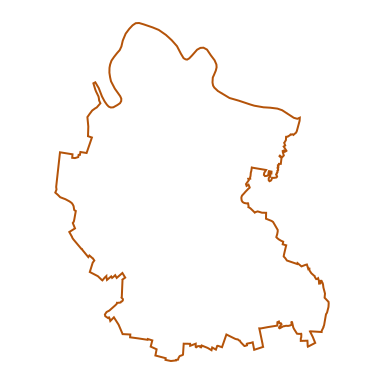 Bac Ninh, Bắc Ninh, Vietnam (Equal Earth projection)
{"feature_id": "81297802B63234506717185", "entity_name": "Bac Ninh", "entity_type": "district", "adm_level": 2, "iso_a3": "VNM", "parent_name": "Vietnam", "parent_adm1": "Bắc Ninh", "projection": "equal_earth", "projection_center": [106.088, 21.175], "detail": "fine", "context": "isolated", "style": "outline", "palette": "amber", "viewbox_px": 384, "rotation_deg": 0, "n_neighbors": 0, "source": "geoboundaries", "source_scale": "gbopen_adm2", "svg_char_len": 5979}
<svg xmlns="http://www.w3.org/2000/svg" viewBox="0 0 384 384"><path d="M299.8,117.7L297.3,118.8L293.8,117.8L282.1,110.2L277.4,108.6L270.2,107.7L263.5,107.3L254.3,105.7L250.3,104.5L238.9,100.7L229.5,98.0L224.2,94.8L218.0,91.1L214.3,87.6L213.1,85.6L212.6,83.1L212.5,82.2L212.8,77.5L213.9,75.1L215.8,70.6L216.6,67.3L216.4,64.5L214.6,60.3L210.9,55.4L207.0,49.6L203.5,47.7L200.4,47.9L197.1,49.7L192.0,55.5L189.2,58.4L187.1,59.6L185.5,59.3L183.6,58.2L180.9,53.7L177.0,46.2L171.7,40.2L165.9,34.9L158.7,29.9L152.6,27.4L143.8,24.4L139.1,23.0L135.7,23.2L132.6,25.3L129.3,28.8L125.7,33.6L122.8,40.5L121.4,46.5L119.7,50.1L116.9,53.3L114.0,57.0L111.5,60.6L110.1,64.6L109.5,67.9L109.4,72.7L110.1,77.3L111.0,81.3L114.8,88.6L120.2,96.2L121.3,98.7L121.2,101.1L120.0,103.2L117.4,105.0L113.3,107.3L110.8,107.5L108.7,106.6L106.9,104.7L104.6,101.4L102.0,96.5L98.7,88.0L95.3,82.3L93.4,83.3L95.3,89.6L96.1,91.6L98.5,96.5L98.9,98.5L99.1,100.4L100.4,103.3L96.7,107.5L95.4,108.2L92.2,110.5L89.5,114.1L87.4,117.1L88.3,126.5L88.0,136.2L91.9,137.5L86.6,153.0L80.4,152.0L79.9,154.9L78.6,154.9L78.2,157.1L74.9,158.1L72.2,157.8L72.5,154.3L60.0,152.3L57.3,176.6L56.2,186.6L56.2,187.3L56.4,188.6L56.5,189.6L55.3,192.6L55.5,192.8L57.7,194.7L60.2,197.2L63.0,198.3L65.4,199.2L69.5,201.4L71.7,203.0L72.8,204.5L73.6,206.2L74.1,209.4L74.4,210.2L75.8,211.0L74.3,219.4L73.8,221.6L72.8,223.0L75.0,228.4L69.3,232.0L71.3,235.6L72.0,236.8L72.2,237.5L72.7,238.4L73.5,239.5L81.3,248.8L81.4,248.7L81.9,248.9L82.7,250.3L88.3,257.1L89.4,255.5L90.6,256.5L92.4,258.1L92.7,258.4L92.9,258.4L94.3,260.5L92.7,262.7L89.8,272.0L97.9,276.2L101.7,279.9L102.4,280.4L104.8,277.5L106.3,276.1L106.3,276.6L107.0,279.9L111.2,276.4L112.1,277.9L114.3,276.1L115.2,275.2L116.7,277.9L122.4,273.0L125.2,277.6L122.4,279.6L122.5,280.0L121.8,296.7L121.5,297.6L122.7,298.8L122.9,299.2L122.9,299.9L122.7,300.6L121.9,301.4L121.2,301.6L120.7,302.4L119.8,302.7L118.8,302.7L117.6,302.9L117.0,302.8L116.7,303.9L115.3,305.3L109.3,310.6L109.1,310.7L106.6,312.0L104.9,314.5L105.3,316.2L108.1,318.1L109.0,317.4L109.6,318.4L110.3,321.0L113.9,317.3L118.6,324.7L122.5,333.8L122.6,334.1L130.3,334.5L130.1,337.3L138.3,338.4L147.6,339.8L147.8,339.0L152.3,340.4L150.7,346.6L156.6,349.3L155.4,355.5L165.7,358.2L165.5,359.9L170.9,361.0L176.1,360.4L176.1,359.9L178.1,359.6L178.2,359.0L178.6,357.8L179.6,356.2L180.3,355.8L181.7,355.4L182.8,354.8L183.0,354.7L183.7,343.7L184.0,343.7L190.1,343.8L190.1,344.6L190.2,345.8L195.7,343.7L195.7,346.9L196.2,347.3L198.0,346.1L198.3,346.1L200.3,346.1L200.4,347.2L201.2,347.3L201.7,345.5L207.6,347.9L211.5,350.2L212.2,347.5L215.9,349.6L217.2,345.9L217.8,345.8L222.0,347.2L226.4,334.5L235.3,338.9L236.8,339.3L237.7,339.3L239.1,340.5L239.8,340.6L240.4,341.7L240.9,342.4L244.4,346.0L244.8,346.0L247.0,345.3L246.8,343.8L247.1,343.6L250.8,342.9L252.7,342.3L254.2,349.8L263.1,346.9L262.9,346.2L262.5,343.7L259.8,330.7L259.3,328.4L260.3,328.4L261.0,328.4L267.9,327.1L277.3,325.6L277.4,322.2L278.9,321.5L279.0,321.8L279.2,322.9L279.4,323.2L280.8,323.2L281.1,323.5L281.5,324.3L279.1,327.4L279.0,327.8L279.7,328.3L283.1,326.4L283.7,326.2L284.3,326.2L285.3,325.9L286.5,325.8L287.8,325.9L288.8,325.8L290.5,325.3L291.2,324.9L291.8,324.8L291.4,322.8L291.4,322.4L291.4,322.2L291.7,322.0L291.9,322.0L292.1,322.3L293.3,327.5L294.1,329.1L297.0,333.7L299.0,333.9L300.8,333.9L301.2,333.8L301.3,334.0L301.3,335.9L301.2,337.5L300.8,338.3L300.8,338.8L300.8,340.9L307.4,340.7L307.5,341.8L307.7,346.1L307.9,346.7L315.2,342.9L312.8,337.0L310.0,331.4L310.3,331.3L321.6,332.0L321.6,331.8L321.8,330.6L321.9,330.3L322.1,330.0L322.9,328.4L323.5,327.1L323.4,326.9L324.0,325.5L324.2,324.6L326.0,314.2L326.4,313.7L326.7,313.2L327.1,312.4L328.4,307.3L328.5,306.7L328.7,303.1L328.6,302.8L328.5,301.8L328.4,301.7L327.6,300.9L324.6,297.7L325.0,293.6L324.3,290.9L323.4,287.5L323.0,284.3L322.5,282.8L321.9,282.7L321.9,281.4L321.5,280.8L320.7,280.8L320.1,281.0L320.0,281.4L320.1,283.5L319.1,283.6L318.9,280.8L318.1,278.2L317.1,279.0L316.2,279.1L314.9,277.1L314.6,276.0L314.3,275.9L311.3,273.2L309.4,270.3L309.4,268.8L308.8,268.9L308.6,268.4L308.2,268.8L306.9,264.5L305.4,264.9L301.5,266.4L297.5,263.1L297.2,264.0L286.9,260.5L285.3,258.2L284.3,257.1L283.7,256.5L283.8,255.6L284.1,254.1L284.9,250.7L285.1,249.8L286.2,245.3L282.7,244.3L283.2,241.7L281.0,240.7L279.3,239.7L278.7,239.3L277.1,238.0L276.3,237.1L277.2,234.2L277.7,231.5L277.7,229.9L273.1,222.0L271.7,221.0L266.0,218.7L266.1,212.8L261.9,212.7L257.7,211.4L255.8,212.0L255.2,212.2L254.8,212.6L253.0,210.8L250.6,208.5L249.5,207.7L249.2,207.5L248.4,207.2L248.5,206.3L248.5,205.7L248.3,204.8L248.2,203.8L247.9,203.2L247.2,203.4L246.5,203.4L244.3,203.0L242.7,202.1L241.7,200.6L241.4,198.5L241.4,197.3L242.0,195.6L244.3,193.1L245.5,191.7L248.1,189.0L249.7,187.6L249.7,187.4L248.5,184.7L246.6,185.9L246.0,184.1L248.8,180.2L248.3,178.8L250.2,178.7L250.1,177.7L250.2,177.0L250.5,176.0L250.8,172.7L251.3,170.9L251.8,167.5L253.1,167.8L266.1,170.0L264.2,172.9L263.9,174.9L265.0,176.1L267.1,175.8L268.3,175.0L268.6,172.3L269.0,171.1L271.5,171.6L271.4,173.4L270.4,173.2L270.2,176.7L269.6,176.6L268.7,178.4L268.7,180.2L269.5,181.2L270.7,180.7L271.2,180.2L271.5,179.5L272.2,177.8L273.8,177.9L276.4,177.5L276.8,177.1L277.1,176.4L276.1,174.5L276.2,174.3L276.4,173.9L276.8,173.7L277.0,173.2L276.9,172.8L277.1,172.6L277.5,172.2L277.6,171.9L277.3,171.0L278.1,170.2L278.2,169.9L278.1,169.7L277.7,168.4L278.0,168.4L278.0,167.6L278.3,167.5L278.3,166.7L277.9,166.7L277.9,165.2L278.7,165.0L278.9,163.9L280.8,163.9L281.5,158.0L279.5,156.2L279.7,155.8L279.9,155.6L281.5,157.0L282.2,157.2L283.8,155.5L282.9,152.5L282.7,151.0L283.4,150.7L283.9,151.8L284.6,151.9L285.9,151.2L285.2,150.5L286.1,150.3L283.7,146.5L285.2,145.5L284.3,143.1L284.2,142.9L284.3,142.8L285.9,140.1L286.1,136.8L287.7,136.7L288.0,136.3L289.4,135.6L290.3,134.9L290.4,134.6L290.6,134.4L291.5,134.6L291.8,134.4L292.3,134.3L292.6,134.3L292.9,134.4L293.1,134.6L293.4,134.9L296.1,132.6L296.8,131.1L297.9,127.1L299.6,120.8L299.8,117.7Z" fill="none" stroke="#b45309" stroke-width="2"/></svg>